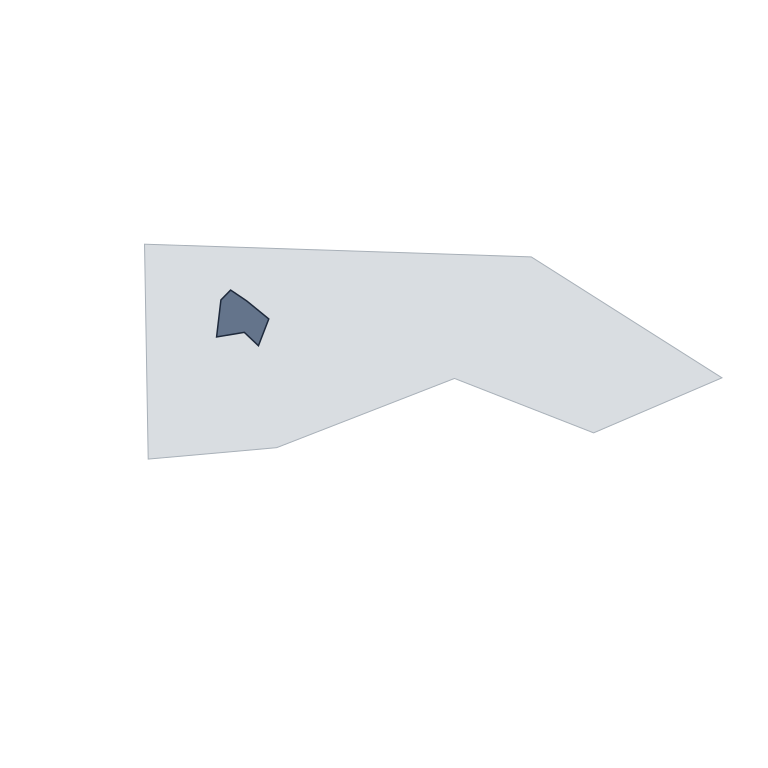 English River highlighted on a map of Seychelles, rotated 304°
{"feature_id": "SYC-5213", "entity_name": "English River", "entity_type": "state/province", "adm_level": 1, "iso_a3": "SYC", "parent_name": "Seychelles", "parent_adm1": "", "projection": "orthographic", "projection_center": [55.454, -4.609], "detail": "fine", "context": "in_parent", "style": "filled", "palette": "slate", "viewbox_px": 768, "rotation_deg": 304, "n_neighbors": 0, "source": "natural_earth", "source_scale": "10m", "svg_char_len": 425}
<svg xmlns="http://www.w3.org/2000/svg" viewBox="0 0 768 768"><g transform="rotate(304 384 384)"><path d="M571.7,435.0L578.1,660.7L460.7,585.1L428.0,439.3L271.2,330.6L189.9,230.5L366.0,107.3L571.7,435.0Z" fill="#d9dde1" stroke="#a8b0b8" stroke-width="1"/><path d="M376.1,204.3L376.1,223.7L373.5,252.1L345.5,258.5L348.7,239.3L329.4,218.9L362.5,201.8L376.1,204.3Z" fill="#64748b" stroke="#1e293b" stroke-width="1.5"/></g></svg>